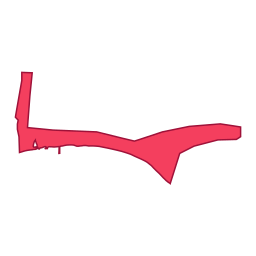 Vieux Fort/Laborie Highway, Vieux Fort, Saint Lucia (orthographic projection)
{"feature_id": "8701671B74160923345613", "entity_name": "Vieux Fort/Laborie Highway", "entity_type": "district", "adm_level": 2, "iso_a3": "LCA", "parent_name": "Saint Lucia", "parent_adm1": "Vieux Fort", "projection": "orthographic", "projection_center": [-60.966, 13.732], "detail": "fine", "context": "isolated", "style": "filled", "palette": "rose", "viewbox_px": 256, "rotation_deg": 0, "n_neighbors": 0, "source": "geoboundaries", "source_scale": "gbopen_adm2", "svg_char_len": 2241}
<svg xmlns="http://www.w3.org/2000/svg" viewBox="0 0 256 256"><path d="M15.4,117.2L18.2,120.2L17.4,124.0L17.4,129.3L19.0,136.8L19.5,152.5L20.1,152.3L21.6,151.9L22.8,151.5L23.1,151.4L24.1,151.1L25.2,150.8L26.3,150.6L26.5,150.5L27.2,150.4L27.7,150.3L28.4,150.2L28.9,150.1L29.3,150.1L29.7,150.0L30.2,149.9L31.0,149.9L32.0,149.7L32.5,149.7L33.8,149.4L34.3,149.4L35.6,149.3L35.8,149.2L36.3,149.0L36.6,148.9L37.0,148.6L37.6,148.2L37.7,147.9L37.0,147.8L36.6,147.9L36.2,147.9L36.2,147.6L36.2,147.4L36.3,147.1L36.1,146.9L34.0,147.2L33.6,147.0L33.3,146.6L33.3,145.9L33.4,145.2L33.5,144.4L33.7,143.7L33.8,143.1L34.0,142.6L34.5,141.2L34.8,140.8L35.3,140.2L35.3,140.4L36.1,142.5L36.2,143.0L36.6,143.8L36.9,144.3L37.1,145.0L37.1,146.3L37.0,146.7L37.2,146.9L37.7,147.2L37.9,147.8L38.2,148.5L38.7,148.9L39.3,149.0L39.8,148.5L40.0,148.1L40.5,147.8L41.7,147.8L44.4,146.7L45.1,146.6L45.5,146.6L46.3,147.2L46.6,147.6L46.7,147.8L46.4,148.1L46.2,148.1L45.7,148.2L45.3,148.3L45.2,148.6L45.3,148.7L46.2,148.6L47.1,148.6L47.4,148.6L47.5,147.6L48.1,147.1L48.6,146.8L48.9,146.8L49.5,146.7L50.7,146.8L51.8,146.8L52.9,146.9L54.1,147.0L56.3,146.8L58.9,146.6L59.2,146.7L59.1,148.5L59.0,151.4L58.9,153.2L58.9,153.4L59.7,153.3L59.7,150.7L59.7,148.1L59.8,146.5L61.0,146.1L62.3,146.0L64.4,145.5L66.5,145.1L67.9,145.0L70.4,144.9L71.5,144.9L72.8,145.0L73.8,145.1L75.2,145.6L76.9,146.2L78.5,146.2L80.4,145.9L81.8,145.8L83.7,145.5L84.7,145.5L85.8,145.5L87.9,145.8L88.9,146.0L90.1,145.9L92.8,145.9L96.3,146.1L99.3,146.4L100.2,146.6L104.2,147.4L107.8,148.1L112.3,149.1L114.5,149.6L116.7,150.1L121.9,151.4L122.2,151.5L122.5,151.6L125.1,152.4L127.9,153.3L131.0,154.4L134.7,156.2L139.2,158.2L141.4,159.2L143.7,160.3L145.6,161.3L147.4,162.4L149.6,164.2L151.4,165.6L153.7,168.1L156.3,170.7L159.1,173.3L161.3,175.6L163.3,177.8L164.4,178.8L165.7,180.1L166.4,180.8L167.0,181.2L167.8,181.9L168.6,182.5L169.6,183.0L170.2,183.6L179.7,153.4L194.1,146.1L217.9,139.9L236.4,139.4L240.6,136.7L240.6,127.4L240.6,127.0L233.0,125.8L220.3,123.9L189.3,126.4L162.4,131.9L139.2,139.6L134.4,141.1L122.6,138.3L96.7,131.9L67.7,130.7L53.1,130.1L27.5,127.6L27.9,121.9L29.9,95.7L31.5,79.9L32.2,72.8L21.8,72.4L21.8,72.6L21.8,80.5L16.6,110.1L15.4,117.2Z" fill="#f43f5e" stroke="#9f1239" stroke-width="1.5"/></svg>